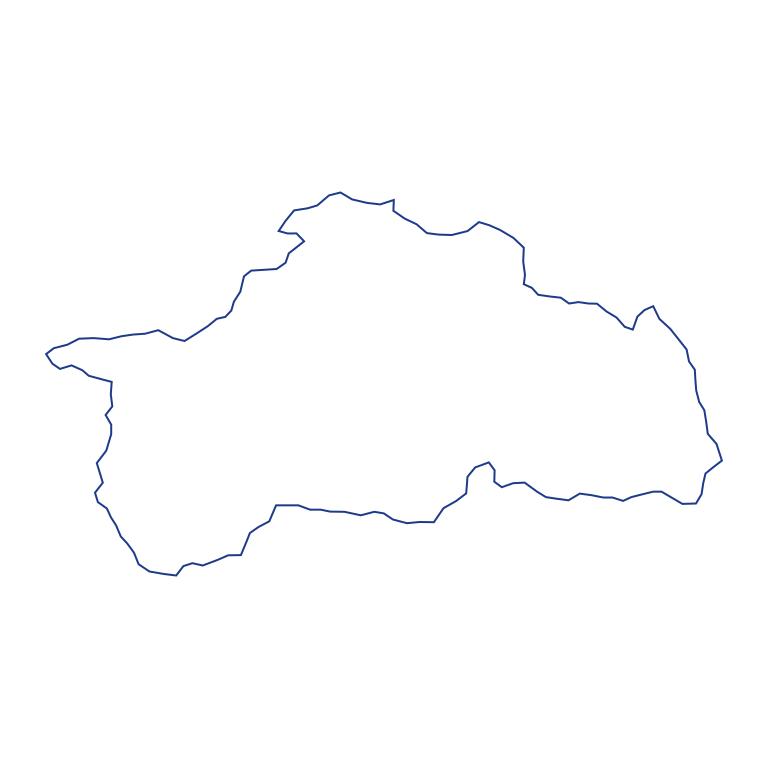 the district of Santana de Parnaíba, São Paulo, Brazil
{"feature_id": "56859067B95466587764955", "entity_name": "Santana de Parnaíba", "entity_type": "district", "adm_level": 2, "iso_a3": "BRA", "parent_name": "Brazil", "parent_adm1": "São Paulo", "projection": "albers", "projection_center": [-46.919, -23.447], "detail": "fine", "context": "isolated", "style": "outline", "palette": "blue", "viewbox_px": 768, "rotation_deg": 0, "n_neighbors": 0, "source": "geoboundaries", "source_scale": "gbopen_adm2", "svg_char_len": 2118}
<svg xmlns="http://www.w3.org/2000/svg" viewBox="0 0 768 768"><path d="M149.4,571.5L164.0,574.0L176.2,575.5L183.4,566.1L192.4,563.2L202.8,565.5L218.1,559.7L228.2,555.3L240.9,555.1L246.2,542.4L249.9,533.0L258.5,527.0L269.3,521.3L276.1,505.3L298.3,505.3L310.2,509.7L320.9,509.7L330.1,511.6L344.5,511.8L360.8,515.3L374.3,511.8L383.9,513.4L392.9,519.5L407.0,523.2L419.5,522.0L433.9,522.2L443.5,508.2L456.3,500.9L466.2,493.4L467.5,476.8L475.2,467.4L488.8,462.4L494.6,470.3L494.3,481.7L501.8,487.2L513.1,483.2L524.6,482.6L537.1,491.7L545.9,497.1L555.8,498.6L568.5,500.3L579.8,493.6L591.6,495.2L603.2,497.5L612.4,497.5L623.1,500.9L631.4,497.1L643.6,494.0L653.1,491.7L661.6,491.7L670.8,497.1L682.4,503.9L696.0,503.5L701.6,494.1L703.2,483.3L705.5,473.5L712.9,467.5L721.9,460.6L716.5,443.9L707.8,433.9L706.1,421.2L704.3,410.2L699.2,402.0L696.2,390.4L695.4,380.1L694.8,369.7L689.0,361.4L686.6,349.5L677.6,338.1L670.3,328.9L659.4,318.9L653.2,306.2L644.6,310.0L637.4,316.6L632.8,329.6L624.7,326.8L616.5,317.5L606.7,311.6L597.0,303.7L588.3,303.5L578.5,302.1L569.1,303.5L560.8,297.7L550.1,296.5L538.2,294.8L531.9,287.9L523.8,284.2L525.0,275.0L523.2,261.5L523.8,247.7L513.4,237.9L500.1,230.0L489.2,225.2L479.0,222.1L467.5,231.1L451.8,235.0L438.6,234.6L426.9,233.1L416.5,224.2L404.7,218.6L393.4,210.8L393.8,200.0L380.2,204.4L367.1,202.9L352.1,199.4L340.5,192.5L329.0,195.4L317.3,205.4L307.6,208.3L294.1,210.4L285.6,220.8L278.7,231.0L287.7,233.5L296.5,233.4L304.1,241.3L296.0,247.7L288.8,253.3L285.6,262.7L276.6,269.0L261.1,270.0L251.2,270.6L244.0,276.3L240.3,291.7L233.9,301.7L231.3,310.6L225.3,316.9L216.8,318.8L207.6,326.3L196.4,333.6L184.5,341.0L172.9,338.1L158.3,330.2L145.2,333.7L132.7,334.6L121.7,336.2L109.0,339.3L93.7,338.1L79.1,338.7L67.4,344.7L53.8,348.2L46.1,354.1L52.4,363.7L60.0,368.9L71.5,365.4L82.3,370.2L88.8,375.8L101.0,379.1L111.7,381.9L110.8,394.4L112.3,406.4L105.6,415.0L111.2,424.6L111.2,434.2L106.3,450.6L96.8,463.1L100.1,473.8L102.8,482.7L95.0,492.7L97.9,502.1L106.9,508.5L110.9,517.3L116.0,525.2L120.8,536.5L127.2,543.4L134.0,552.7L138.6,564.2L149.4,571.5Z" fill="none" stroke="#1e3a8a" stroke-width="2"/></svg>